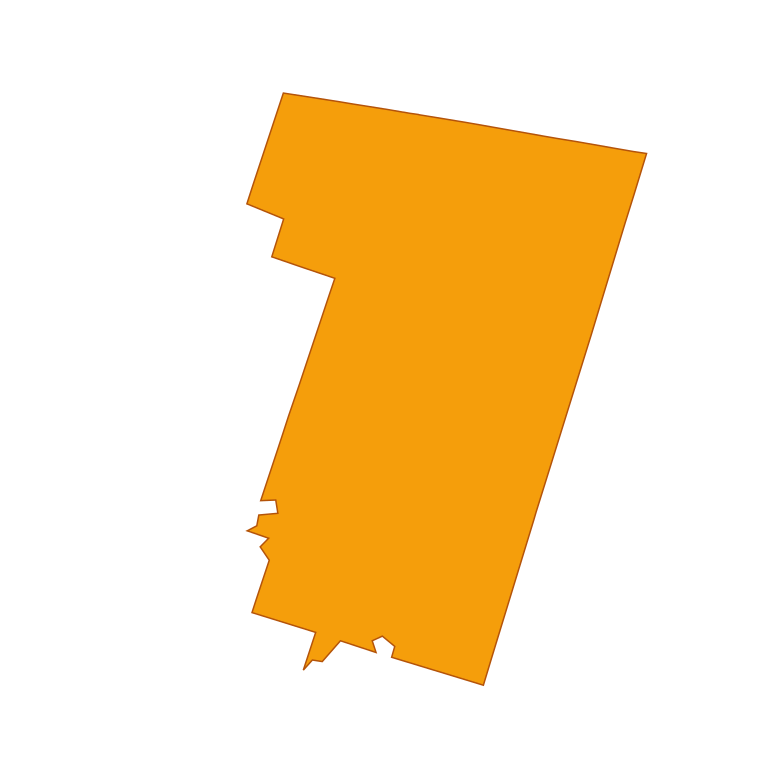 Benton, Arkansas, United States of America (Natural Earth projection), rotated 107°
{"feature_id": "52423323B15242621426255", "entity_name": "Benton", "entity_type": "district", "adm_level": 2, "iso_a3": "USA", "parent_name": "United States of America", "parent_adm1": "Arkansas", "projection": "natural_earth1", "projection_center": [-94.26, 36.3], "detail": "fine", "context": "isolated", "style": "filled", "palette": "amber", "viewbox_px": 768, "rotation_deg": 107, "n_neighbors": 0, "source": "geoboundaries", "source_scale": "gbopen_adm2", "svg_char_len": 1075}
<svg xmlns="http://www.w3.org/2000/svg" viewBox="0 0 768 768"><g transform="rotate(107 384 384)"><path d="M86.8,200.3L88.8,213.6L89.8,221.6L91.5,235.1L96.0,271.5L98.1,286.8L98.5,289.7L100.2,303.1L104.9,341.5L106.4,353.7L110.1,383.6L111.2,391.7L116.3,429.4L116.2,429.9L117.6,438.6L118.3,444.5L118.5,445.4L118.8,447.9L120.7,462.8L121.1,465.4L124.6,490.4L125.3,495.3L127.3,510.5L128.6,519.5L135.2,565.3L232.7,567.5L251.8,567.8L255.5,528.2L295.2,528.5L296.1,502.3L296.4,492.9L297.3,461.9L314.2,462.4L409.7,464.8L415.8,465.0L442.4,465.9L460.6,466.2L475.5,466.5L531.6,467.8L526.6,453.6L538.7,447.7L545.9,465.4L556.8,464.2L564.4,471.9L565.2,449.2L575.9,454.8L586.1,442.2L627.8,443.2L641.2,443.4L641.5,376.7L681.2,377.5L668.9,371.8L667.5,361.9L642.3,350.6L643.1,313.1L633.0,320.2L625.6,311.9L631.8,297.0L643.1,296.8L643.0,200.9L613.9,201.0L602.2,201.0L574.6,201.0L571.1,201.0L490.0,201.0L487.3,201.0L471.4,201.0L470.1,201.0L462.4,201.1L461.8,201.1L410.1,200.8L345.0,200.5L276.9,200.2L159.7,200.5L130.3,200.3L86.8,200.3Z" fill="#f59e0b" stroke="#b45309" stroke-width="1.5"/></g></svg>